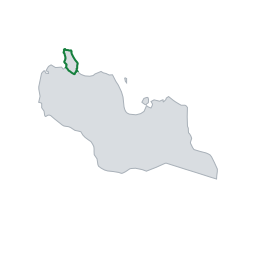 Nabeul on a map of Tunisia (Mercator projection), rotated 300°
{"feature_id": "TUN-107", "entity_name": "Nabeul", "entity_type": "Governorate", "adm_level": 1, "iso_a3": "TUN", "parent_name": "Tunisia", "parent_adm1": "", "projection": "mercator", "projection_center": [10.722, 36.719], "detail": "fine", "context": "in_parent", "style": "outline", "palette": "green", "viewbox_px": 256, "rotation_deg": 300, "n_neighbors": 0, "source": "natural_earth", "source_scale": "10m", "svg_char_len": 3302}
<svg xmlns="http://www.w3.org/2000/svg" viewBox="0 0 256 256"><g transform="rotate(300 128 128)"><path d="M175.5,147.4L175.4,148.1L174.6,153.5L174.4,155.5L174.3,158.8L174.3,162.7L176.2,166.0L176.2,167.5L175.5,169.2L172.0,171.1L167.4,173.6L163.5,176.0L159.3,178.6L158.0,180.3L155.9,181.6L154.1,182.8L153.8,184.1L152.5,186.4L150.9,188.3L146.9,189.2L146.1,189.7L144.2,192.5L143.4,193.6L142.3,195.9L143.7,201.9L145.4,208.0L145.7,210.5L145.7,212.6L144.7,214.9L142.6,218.1L141.0,220.5L137.9,224.8L137.1,225.9L135.0,227.1L130.9,228.8L128.1,230.2L126.6,223.7L125.4,218.1L124.4,213.5L122.6,205.4L121.0,198.4L119.5,191.5L118.1,185.2L116.7,178.8L116.1,177.9L112.0,174.9L108.1,172.1L104.1,168.9L99.8,165.5L99.1,161.2L96.9,154.6L94.5,151.0L93.6,150.0L88.9,147.7L86.2,145.9L85.4,144.9L84.9,142.2L82.9,136.9L80.7,132.0L79.9,128.8L79.8,124.6L80.2,121.6L81.2,120.3L85.8,116.6L88.0,112.1L90.6,110.4L92.9,109.1L94.8,107.7L96.4,105.3L97.7,102.7L97.9,100.0L98.4,95.6L99.3,92.5L101.2,89.0L100.4,86.2L99.4,83.2L99.7,78.0L99.4,75.8L98.6,73.9L97.7,71.5L97.7,69.5L98.5,64.2L99.1,60.1L100.1,54.8L99.8,53.3L99.0,52.2L96.8,51.0L96.8,50.3L97.3,49.5L100.6,46.9L102.4,43.1L103.9,42.3L106.2,40.9L106.1,39.4L105.6,37.8L111.5,36.0L117.1,31.3L119.1,30.1L132.1,25.8L133.8,26.1L135.7,26.7L135.2,28.3L134.4,29.6L135.5,31.9L137.1,30.5L136.7,29.6L136.6,28.4L139.3,28.3L141.6,28.4L144.2,29.8L144.1,35.0L147.5,40.0L146.6,42.5L149.4,44.0L151.9,42.2L153.2,39.6L157.8,38.1L162.3,34.2L164.7,33.8L165.3,37.0L166.4,39.7L164.8,40.7L162.6,43.6L158.6,51.1L154.9,53.2L152.1,56.1L151.2,58.1L150.9,60.5L151.6,64.7L153.7,69.0L156.0,71.6L158.3,72.4L163.5,76.4L163.4,78.9L164.2,81.7L164.5,85.2L166.3,88.0L162.4,94.0L160.2,98.3L156.0,104.3L152.3,108.2L144.3,114.0L142.4,115.9L141.1,117.8L140.5,119.9L140.7,122.3L143.4,128.3L146.8,131.8L150.4,133.6L156.6,132.9L156.4,135.2L156.8,137.9L159.3,137.8L161.0,137.3L162.4,134.7L165.4,136.5L167.0,142.0L169.6,143.8L169.9,144.4L169.0,144.8L168.3,145.5L169.0,145.9L171.5,146.6L173.0,146.2L175.5,147.4ZM162.4,131.9L161.8,132.1L160.6,132.8L160.0,132.9L158.3,132.1L157.6,132.1L156.8,131.4L157.1,128.1L157.3,127.1L161.6,127.0L163.9,129.0L164.2,129.5L164.3,130.1L163.3,131.2L162.4,131.9ZM170.1,102.1L166.4,104.2L167.1,102.4L169.5,100.2L170.1,100.7L170.1,102.1Z" fill="#d9dde1" stroke="#a8b0b8" stroke-width="1"/><path d="M149.5,44.0L150.0,44.1L151.2,43.4L151.9,43.3L152.4,42.8L152.6,41.9L152.7,41.3L153.1,40.1L153.5,39.7L154.0,39.6L155.1,39.6L156.1,39.4L157.1,39.1L158.3,38.2L159.0,37.4L159.3,37.1L159.4,36.9L160.7,35.8L160.9,35.5L161.0,35.2L160.9,35.0L160.9,34.8L161.1,34.5L161.6,34.3L162.8,34.1L163.7,33.4L164.2,33.4L164.6,33.6L164.9,34.1L164.8,34.4L164.6,34.7L164.5,35.0L164.6,35.4L164.8,35.8L164.9,36.1L165.0,36.3L165.4,36.9L165.5,37.2L165.6,37.5L165.6,38.1L165.7,38.4L165.8,38.6L166.0,38.9L166.1,39.1L166.3,39.2L166.4,39.4L166.7,39.8L166.5,40.3L166.2,40.8L165.3,41.2L164.0,42.3L163.2,43.6L162.2,45.1L160.5,48.2L159.3,51.5L158.6,52.3L156.7,52.8L154.4,54.1L153.5,53.9L152.7,54.5L152.2,55.3L152.1,55.0L151.9,54.8L151.9,54.7L151.6,54.6L151.4,54.6L151.1,54.8L150.8,55.0L150.6,55.0L150.4,54.8L150.2,54.7L149.8,54.6L149.1,54.7L148.3,54.9L148.1,54.8L147.9,54.7L147.7,54.4L147.7,53.8L147.7,51.7L148.1,49.1L148.0,48.4L148.0,48.2L148.0,47.9L148.9,46.1L149.5,44.2L149.5,44.0Z" fill="none" stroke="#15803d" stroke-width="2"/></g></svg>